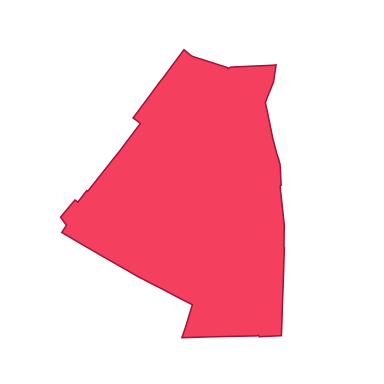 Cazasu, Braila, Romania, rotated 284°
{"feature_id": "2599482B82277665245942", "entity_name": "Cazasu", "entity_type": "district", "adm_level": 2, "iso_a3": "ROU", "parent_name": "Romania", "parent_adm1": "Braila", "projection": "natural_earth1", "projection_center": [27.883, 45.271], "detail": "fine", "context": "isolated", "style": "filled", "palette": "rose", "viewbox_px": 384, "rotation_deg": 284, "n_neighbors": 0, "source": "geoboundaries", "source_scale": "gbopen_adm2", "svg_char_len": 1386}
<svg xmlns="http://www.w3.org/2000/svg" viewBox="0 0 384 384"><g transform="rotate(284 192 192)"><path d="M335.8,242.8L335.1,241.4L334.6,239.7L334.0,237.9L329.2,221.7L323.5,202.4L322.6,199.5L322.3,198.9L321.7,198.3L321.2,197.8L320.6,197.6L320.5,196.9L320.9,196.8L321.1,196.5L321.3,195.9L321.4,195.7L321.4,195.1L323.6,160.8L324.0,158.7L324.8,156.5L328.2,149.8L311.1,142.7L301.3,138.6L294.0,135.6L293.6,135.3L293.1,135.0L288.5,133.1L287.6,132.7L285.0,131.6L276.8,128.3L249.6,116.9L247.3,122.5L245.9,125.3L218.9,113.8L215.8,112.6L210.7,110.2L167.4,90.6L167.9,89.5L154.6,83.7L156.0,80.4L135.8,70.5L129.3,78.2L121.2,75.4L115.3,95.5L114.1,99.4L111.5,108.6L108.8,117.8L107.5,122.3L104.8,132.0L101.6,143.3L96.2,162.3L96.2,162.8L93.7,173.1L90.5,187.1L89.6,190.8L86.1,204.8L82.7,219.6L74.6,219.2L63.2,218.6L57.8,218.3L48.2,217.4L49.2,221.1L55.2,242.4L61.7,266.2L68.1,289.9L69.1,291.2L67.8,292.1L68.9,295.8L74.2,313.5L74.6,313.4L77.1,312.9L78.7,312.6L83.6,311.5L84.4,311.4L102.2,307.5L125.2,302.7L135.4,300.5L148.7,297.6L160.4,295.1L160.8,294.6L172.5,291.8L181.5,289.8L184.3,288.8L196.3,284.4L218.0,276.4L219.4,276.2L220.2,276.9L229.8,273.9L231.4,273.5L233.7,272.8L238.0,271.5L240.9,270.4L241.4,269.9L245.2,268.0L248.8,265.5L263.6,257.4L276.5,251.3L286.9,246.3L296.7,241.5L306.6,242.8L310.3,243.4L318.6,244.5L320.6,244.3L335.8,242.8Z" fill="#f43f5e" stroke="#9f1239" stroke-width="1.5"/></g></svg>